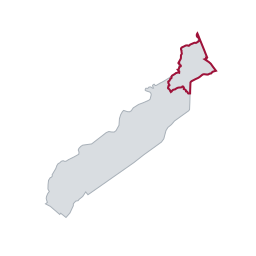 location of Savanes within Togo, rotated 55°
{"feature_id": "TGO-90", "entity_name": "Savanes", "entity_type": "Region", "adm_level": 1, "iso_a3": "TGO", "parent_name": "Togo", "parent_adm1": "", "projection": "robinson", "projection_center": [0.453, 10.505], "detail": "fine", "context": "in_parent", "style": "outline", "palette": "rose", "viewbox_px": 256, "rotation_deg": 55, "n_neighbors": 0, "source": "natural_earth", "source_scale": "10m", "svg_char_len": 3969}
<svg xmlns="http://www.w3.org/2000/svg" viewBox="0 0 256 256"><g transform="rotate(55 128 128)"><path d="M131.6,23.1L130.6,27.9L128.5,33.7L127.2,35.6L126.3,49.8L126.9,51.0L127.4,51.4L133.8,56.2L142.3,62.5L148.2,67.0L148.7,68.5L148.8,77.9L148.9,85.9L150.1,90.5L150.4,95.0L151.9,98.4L157.4,104.9L158.7,108.7L158.9,121.0L159.0,130.3L159.7,143.0L159.7,153.6L159.7,167.0L159.7,182.7L159.7,199.1L156.1,199.3L158.1,204.4L158.4,209.0L158.9,210.5L157.9,212.8L158.7,216.2L160.3,217.4L164.3,224.3L165.7,230.1L159.2,232.0L159.7,233.5L147.6,236.6L142.8,239.1L142.7,236.7L140.9,236.2L138.8,235.4L137.4,234.1L135.6,231.2L134.9,228.9L132.1,228.6L128.6,226.0L125.3,223.1L124.1,220.2L124.4,218.9L123.9,217.5L122.8,217.0L119.8,210.4L117.9,207.7L117.1,205.6L117.4,203.9L117.0,201.7L117.6,199.9L119.2,198.8L119.7,197.5L119.8,194.8L120.7,189.0L121.3,183.4L119.6,181.9L117.5,181.4L116.5,179.8L116.0,177.2L116.1,174.9L120.2,166.9L119.3,148.5L119.9,145.7L121.8,143.8L123.4,141.6L123.3,139.3L120.6,133.8L115.4,129.6L112.8,126.2L111.4,123.2L111.1,121.5L114.3,119.1L115.6,117.5L115.8,115.5L114.5,112.1L114.8,105.8L116.0,101.2L117.2,95.1L117.1,93.4L114.0,89.8L112.4,89.3L111.1,89.5L107.9,91.9L106.8,92.2L106.1,91.5L105.7,90.5L106.9,89.1L106.5,87.3L107.4,85.8L109.4,85.1L110.0,84.3L107.3,83.6L107.0,82.5L107.1,81.5L107.9,81.3L108.8,81.4L109.3,80.6L109.7,75.5L110.0,73.7L110.3,70.2L110.8,56.5L111.4,55.0L111.5,54.0L109.6,53.4L105.1,49.7L102.5,46.8L100.2,43.9L98.3,42.0L94.5,39.1L93.4,37.2L93.2,35.4L94.4,31.6L96.2,27.6L97.1,21.9L96.5,20.4L94.1,17.7L102.9,19.8L115.5,23.2L115.7,23.8L115.8,24.8L118.0,24.8L121.6,23.6L131.6,23.1Z" fill="#d9dde1" stroke="#a8b0b8" stroke-width="1"/><path d="M92.7,19.0L92.0,18.8L91.2,18.3L90.6,17.6L90.3,16.9L92.3,17.3L94.3,17.8L99.0,18.9L107.9,20.9L111.2,21.7L115.6,22.7L115.6,22.8L115.7,23.0L115.6,23.4L115.6,23.5L115.4,23.7L116.1,23.9L115.6,25.8L120.4,23.9L122.9,23.3L126.6,23.3L131.6,23.1L130.6,25.9L130.5,26.7L130.6,27.2L130.9,28.1L131.0,28.6L130.4,29.9L130.3,30.4L130.2,31.4L130.1,31.8L129.6,32.6L127.5,34.9L127.0,36.3L127.3,40.3L127.2,42.0L126.7,44.5L126.1,49.0L126.2,50.0L126.5,50.7L129.4,52.9L133.1,55.7L135.3,57.3L134.6,58.5L134.4,58.7L134.1,58.9L133.9,58.9L132.9,58.7L132.6,58.7L132.2,58.7L131.9,58.9L131.5,59.4L131.3,59.5L131.1,59.4L130.8,59.1L130.6,59.0L129.7,59.0L128.7,59.5L128.1,60.0L127.9,60.0L127.8,59.9L127.7,59.7L127.5,59.3L127.3,59.2L127.0,59.1L125.9,59.0L125.4,59.2L125.3,59.4L125.2,59.6L125.3,59.8L125.4,60.4L125.3,61.0L125.1,61.4L124.0,63.2L123.6,64.1L123.5,64.6L123.4,65.1L123.3,66.5L123.4,66.9L123.4,67.1L123.3,67.3L123.2,67.6L123.0,67.9L122.9,68.3L122.8,68.8L122.6,69.1L122.6,69.4L122.6,69.7L122.6,69.9L123.1,71.4L123.1,71.9L123.1,72.2L122.7,72.1L122.3,72.3L122.0,72.2L121.7,72.0L121.5,71.9L120.3,72.0L119.8,72.0L119.2,72.2L118.7,72.4L118.4,72.4L118.2,72.3L118.0,72.2L117.7,71.6L117.4,71.4L117.1,71.1L116.9,71.0L116.8,70.8L116.7,70.6L116.7,70.4L116.7,70.2L116.9,69.8L116.9,69.7L116.7,69.4L116.4,69.4L116.1,69.4L115.5,69.3L115.0,69.3L114.7,69.3L114.5,69.2L114.2,68.9L113.3,68.7L113.2,68.6L113.1,68.4L113.0,68.2L113.0,67.9L113.0,67.4L113.1,67.1L113.0,66.9L112.9,66.7L112.5,65.9L112.2,65.5L112.0,65.3L112.1,64.6L112.0,63.7L111.7,63.4L111.3,63.3L110.8,62.9L110.4,61.8L110.6,58.7L110.5,57.2L110.8,56.6L110.9,55.9L111.1,55.2L112.1,54.4L111.3,53.7L110.9,53.5L109.2,53.8L108.7,53.8L109.0,52.9L108.6,52.2L107.9,51.5L107.5,50.7L107.6,50.3L107.7,49.9L107.7,49.4L107.3,49.0L106.9,48.9L106.6,49.0L106.2,49.2L105.7,49.3L105.4,49.3L104.3,48.8L104.2,48.9L104.1,49.2L104.0,49.5L103.7,49.5L103.6,49.4L101.6,45.2L101.0,44.5L98.9,43.0L98.6,42.6L98.2,41.6L97.9,41.2L97.5,41.0L96.3,40.5L96.0,40.3L95.7,40.0L95.4,39.8L94.5,39.7L94.1,39.5L93.7,39.3L93.3,39.0L92.9,38.1L92.9,37.1L93.2,36.0L93.3,35.4L93.5,33.6L93.8,32.8L94.4,32.0L95.2,31.4L95.5,31.1L95.6,30.6L95.4,29.7L95.3,29.3L96.2,24.9L96.4,24.5L96.7,24.1L97.0,23.9L97.3,23.5L97.4,23.0L97.5,21.4L97.4,20.1L96.8,19.0L95.5,18.5L94.8,18.5L93.4,18.9L92.7,19.0Z" fill="none" stroke="#9f1239" stroke-width="2"/></g></svg>